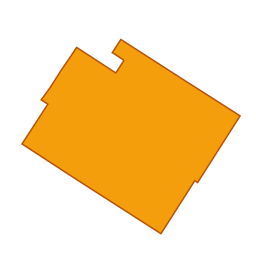 the district of Torrance, New Mexico, United States of America, rotated 33°
{"feature_id": "52423323B99143466886484", "entity_name": "Torrance", "entity_type": "district", "adm_level": 2, "iso_a3": "USA", "parent_name": "United States of America", "parent_adm1": "New Mexico", "projection": "albers", "projection_center": [-106.078, 34.651], "detail": "fine", "context": "isolated", "style": "filled", "palette": "amber", "viewbox_px": 256, "rotation_deg": 33, "n_neighbors": 0, "source": "geoboundaries", "source_scale": "gbopen_adm2", "svg_char_len": 481}
<svg xmlns="http://www.w3.org/2000/svg" viewBox="0 0 256 256"><g transform="rotate(33 128 128)"><path d="M48.8,88.4L41.0,88.4L40.9,99.2L40.5,116.1L40.7,135.9L39.9,151.7L47.8,151.6L47.8,166.5L47.8,199.1L94.9,199.2L121.3,199.2L213.2,198.7L213.1,182.9L212.7,135.8L216.1,135.8L215.4,56.8L157.2,57.2L152.5,57.3L105.7,57.5L81.1,57.6L73.8,57.6L73.8,73.4L75.2,73.3L86.8,73.4L87.8,74.0L87.8,79.6L87.8,88.5L56.4,88.4L48.8,88.4Z" fill="#f59e0b" stroke="#b45309" stroke-width="1.5"/></g></svg>